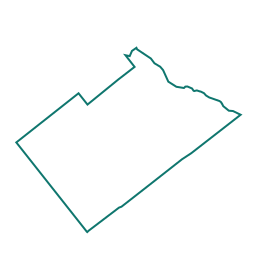 Skamania, Washington, United States of America (Albers equal-area conic projection), rotated 232°
{"feature_id": "52423323B13974884585376", "entity_name": "Skamania", "entity_type": "district", "adm_level": 2, "iso_a3": "USA", "parent_name": "United States of America", "parent_adm1": "Washington", "projection": "albers", "projection_center": [-121.935, 45.968], "detail": "fine", "context": "isolated", "style": "outline", "palette": "teal", "viewbox_px": 256, "rotation_deg": 232, "n_neighbors": 0, "source": "geoboundaries", "source_scale": "gbopen_adm2", "svg_char_len": 728}
<svg xmlns="http://www.w3.org/2000/svg" viewBox="0 0 256 256"><g transform="rotate(232 128 128)"><path d="M185.8,110.4L185.4,31.1L91.3,31.6L71.8,31.7L71.1,31.8L71.3,33.9L70.8,71.9L70.0,74.4L70.0,108.2L70.1,151.4L69.2,162.4L69.1,209.5L69.1,224.9L76.7,221.2L79.6,218.1L86.6,216.5L88.4,216.9L88.9,217.0L88.9,216.9L91.2,217.2L92.9,216.7L102.1,210.8L105.6,209.5L108.7,209.3L112.0,207.7L112.5,207.2L115.2,205.4L116.4,202.9L117.1,202.6L119.7,202.8L121.9,201.6L124.1,200.4L125.3,198.7L125.1,196.7L130.7,191.5L139.7,188.3L152.0,191.3L156.4,191.1L162.7,188.7L168.7,188.8L184.4,183.6L186.0,184.0L186.3,178.6L183.6,173.6L186.9,170.8L172.1,170.8L172.2,150.5L171.4,110.5L185.8,110.4Z" fill="none" stroke="#0f766e" stroke-width="2"/></g></svg>